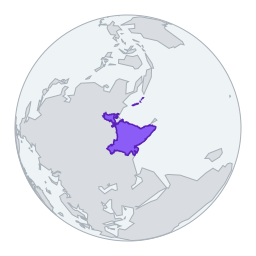 the Earth from above India, rotated 243°
{"feature_id": "IND", "entity_name": "India", "entity_type": "country or territory", "adm_level": 0, "iso_a3": "IND", "parent_name": "Asia", "parent_adm1": "", "projection": "orthographic", "projection_center": [83.514, 21.122], "detail": "fine", "context": "on_globe", "style": "filled", "palette": "violet", "viewbox_px": 256, "rotation_deg": 243, "n_neighbors": 0, "source": "natural_earth", "source_scale": "50m", "svg_char_len": 15762}
<svg xmlns="http://www.w3.org/2000/svg" viewBox="0 0 256 256"><g transform="rotate(243 128 128)"><circle cx="128" cy="128" r="113" fill="#eef3f6" stroke="#a8b0b8"/><path d="M169.0,23.1L170.4,23.7L175.4,25.9L171.9,24.4L183.6,30.2L188.9,33.8L181.0,28.8L178.6,27.7L181.3,29.5L179.5,28.8L179.7,29.3L177.3,28.4L172.9,26.0L171.2,25.4L173.2,26.8L172.0,27.0L169.4,25.0L167.1,25.3L159.2,22.0L154.1,18.8L147.7,17.4L139.3,15.9L149.4,17.4L159.3,19.8L169.0,23.1ZM136.5,15.7L136.3,15.7L135.7,15.6L136.5,15.7ZM126.6,15.4L126.4,15.4L128.0,15.4L127.9,15.5L126.4,15.5L124.7,15.4L125.2,15.4L123.9,15.4L126.6,15.4ZM123.4,15.5L123.0,15.5L122.4,15.5L123.4,15.5ZM120.8,15.6L120.6,15.6L117.2,15.9L120.8,15.6ZM179.5,27.9L177.8,27.0L180.1,28.2L179.5,27.9ZM180.2,29.6L181.2,30.1L180.9,30.2L180.2,29.6ZM177.0,29.0L176.1,29.2L176.2,28.6L177.0,29.0ZM175.1,29.0L173.2,29.7L175.3,30.8L168.2,28.3L172.2,28.3L171.9,27.3L173.4,28.4L175.1,29.0ZM129.2,15.4L127.4,15.4L130.3,15.4L129.2,15.4ZM131.0,15.4L139.9,16.0L141.7,16.3L138.4,15.9L141.9,16.5L138.4,16.3L135.7,16.0L135.2,15.8L134.2,15.9L131.0,15.4ZM164.5,26.9L163.4,26.8L163.7,26.5L164.5,26.9ZM128.1,15.5L129.8,15.5L131.5,15.7L128.5,15.8L128.9,15.7L128.1,15.5ZM144.5,16.8L145.2,17.1L142.6,17.0L138.4,16.4L144.5,16.8ZM127.7,15.6L126.9,15.8L124.7,15.8L126.7,15.5L127.7,15.6ZM133.2,15.8L133.8,15.9L132.5,15.8L133.2,15.8ZM116.5,16.4L118.4,16.1L119.5,16.2L116.5,16.4ZM126.8,15.9L127.5,15.9L128.2,16.0L127.2,16.1L126.8,15.9ZM136.9,16.4L135.6,16.4L138.4,16.8L136.5,16.9L134.2,16.3L134.4,16.6L133.8,16.7L132.5,16.2L136.9,16.4ZM128.1,16.5L124.4,16.2L120.6,16.5L119.6,16.4L125.9,16.0L128.1,16.5ZM130.8,16.4L128.9,16.4L128.6,16.2L129.7,16.0L130.8,16.4ZM136.1,17.2L139.6,17.1L140.0,17.3L136.1,17.2ZM127.1,16.6L128.0,16.7L126.8,16.7L127.1,16.6ZM133.4,17.0L134.6,16.9L135.0,17.1L133.4,17.0ZM128.8,17.1L127.6,16.9L128.3,16.7L128.8,17.1ZM131.0,17.1L131.3,17.3L129.3,16.8L131.4,17.0L131.0,17.1ZM133.6,17.2L134.3,17.2L133.1,17.2L133.6,17.2ZM126.8,18.0L124.1,17.4L125.7,16.9L128.1,17.5L126.8,18.0ZM25.9,80.3L36.6,66.9L36.2,70.0L41.9,73.1L42.1,74.7L38.4,79.3L40.2,90.2L44.5,87.0L49.2,94.3L54.3,96.4L61.5,87.3L53.2,83.5L54.8,78.1L63.9,77.1L71.6,80.9L72.5,79.0L70.2,72.9L74.5,70.5L69.6,70.6L69.7,73.0L66.6,73.3L66.4,71.2L68.0,70.3L66.4,68.6L59.4,73.7L58.7,76.7L52.9,75.2L51.2,80.1L48.7,81.5L50.7,73.6L52.5,71.4L54.0,62.3L51.5,64.4L50.0,73.3L49.3,72.1L46.0,75.6L48.0,72.0L50.4,62.2L46.9,61.2L37.9,67.7L36.8,67.0L38.0,63.6L45.8,54.8L47.3,57.6L50.1,55.0L53.7,50.0L53.8,51.4L55.5,49.9L56.5,50.9L61.6,48.7L63.2,49.6L68.9,45.5L70.5,45.5L66.7,47.8L64.8,50.1L69.2,52.9L71.1,52.5L74.5,49.8L75.2,51.1L77.9,48.1L82.2,48.8L79.3,45.6L83.2,42.8L87.7,41.7L88.5,40.4L81.0,42.2L78.5,43.6L77.2,45.6L69.9,49.4L67.6,49.2L73.2,43.5L70.6,42.8L76.1,39.0L93.0,35.4L98.1,36.0L98.9,42.4L95.5,43.7L93.6,41.8L92.0,46.0L93.7,44.4L94.4,45.7L98.3,43.8L98.9,44.7L101.5,41.5L102.7,42.4L101.0,44.3L107.8,42.7L111.3,44.2L112.6,43.4L112.9,42.2L117.1,45.1L117.8,44.5L116.7,43.3L117.4,41.3L120.3,39.0L121.6,40.1L120.7,41.1L120.9,45.0L118.4,47.7L119.2,48.0L121.7,45.9L121.5,41.1L122.9,39.4L123.5,41.6L123.4,40.7L124.5,40.2L126.8,40.9L126.3,38.6L136.5,33.4L142.0,34.7L141.4,36.9L149.9,35.6L155.4,37.8L154.4,36.5L157.8,35.5L156.1,34.8L155.8,34.1L163.7,32.1L166.6,32.7L168.8,31.1L168.3,30.6L166.3,29.9L168.2,28.3L175.3,30.8L176.2,31.9L180.1,33.1L181.5,35.5L184.4,38.2L183.7,40.7L186.1,42.9L187.4,43.2L191.6,46.7L195.9,53.7L186.8,46.8L179.3,37.7L181.9,41.1L179.6,40.1L179.6,41.3L181.5,44.0L182.8,44.4L177.5,48.8L179.0,56.8L182.9,55.9L186.4,58.2L191.5,68.2L188.2,83.2L192.8,87.7L193.8,90.9L191.4,93.2L189.8,88.5L186.4,87.2L185.9,84.4L181.4,87.1L180.5,83.3L177.5,87.5L179.8,90.4L184.1,89.2L181.8,94.9L187.5,99.9L189.3,106.4L183.6,118.9L176.1,123.3L175.8,125.4L172.2,123.3L168.3,127.8L175.7,139.1L175.8,142.6L169.1,149.6L168.8,147.1L159.3,141.5L158.1,149.7L165.3,156.0L167.8,163.6L162.5,161.5L159.9,154.8L156.6,152.6L157.0,145.5L153.4,135.1L148.1,137.3L148.1,133.0L142.3,124.4L134.3,127.2L122.0,138.2L120.9,149.0L116.4,153.4L109.2,137.5L108.2,126.9L104.2,127.5L98.0,117.9L83.3,115.2L82.5,112.2L79.4,113.0L75.2,109.3L74.4,104.5L71.3,104.1L73.9,116.8L77.4,117.3L82.0,113.6L81.9,117.9L86.1,122.5L77.1,131.0L57.3,135.3L57.4,127.1L53.1,102.1L54.4,99.9L54.5,99.6L54.5,99.1L52.0,102.5L52.0,97.8L52.1,114.5L51.2,121.2L57.0,135.7L55.9,136.7L58.4,140.0L69.0,139.6L68.6,142.3L62.3,153.1L49.6,165.5L52.5,176.8L53.6,185.5L48.3,188.8L51.5,195.7L49.2,196.7L50.9,200.3L50.5,203.0L49.0,204.6L43.4,201.1L40.9,197.6L34.8,189.2L25.5,170.2L24.6,163.6L23.1,157.2L19.4,140.7L20.0,133.7L19.6,129.7L18.3,128.9L18.0,124.1L17.5,123.0L15.7,119.0L15.8,118.4L16.7,110.6L18.2,102.8L20.3,95.1L22.8,87.6L25.9,80.3ZM29.4,76.0L28.3,77.8L29.4,76.0ZM77.7,90.5L83.7,92.6L84.6,85.7L87.0,86.0L86.5,83.7L84.7,85.2L83.9,79.0L87.8,78.0L88.9,75.3L87.0,74.5L79.9,77.3L81.0,86.0L78.1,88.2L77.7,90.5ZM63.6,41.4L62.7,42.7L60.5,44.1L58.5,43.9L61.7,41.8L63.6,41.4ZM61.9,44.5L68.0,39.3L69.5,39.6L67.6,40.2L68.0,40.9L65.1,42.3L60.5,47.9L58.2,49.5L55.8,47.6L57.9,47.2L58.7,45.7L61.9,44.5ZM81.1,28.6L83.7,27.2L83.4,29.4L81.0,30.6L78.9,30.2L80.5,28.6L81.1,28.6ZM113.8,16.3L113.3,16.3L112.4,16.4L113.8,16.3ZM110.4,16.7L111.4,16.6L116.5,16.0L122.9,15.5L124.2,15.6L123.5,15.8L122.2,16.0L121.7,15.8L120.3,16.1L118.6,16.0L117.3,16.2L108.3,17.2L109.0,17.0L102.8,18.3L102.4,18.3L110.4,16.7ZM114.2,22.5L114.2,21.5L111.0,23.5L109.3,22.8L109.1,23.1L106.6,23.1L103.2,23.7L102.9,23.3L101.7,23.8L100.0,23.9L98.3,24.4L97.1,23.9L94.8,24.6L95.5,24.0L92.0,25.3L94.1,24.2L92.2,24.5L91.2,25.4L88.9,23.2L86.4,23.6L83.1,24.8L87.1,23.1L92.7,21.1L98.5,19.5L100.4,19.6L101.8,19.0L103.2,18.9L101.5,19.4L104.9,18.6L105.5,18.7L110.7,18.3L115.3,17.4L117.3,17.4L115.8,17.8L118.8,17.5L117.4,18.3L118.8,18.4L118.8,19.4L115.1,20.4L117.0,20.4L117.1,21.4L114.2,22.5ZM126.6,18.3L122.7,19.3L119.8,19.5L121.0,17.7L119.9,17.5L120.6,16.6L124.8,16.4L124.2,16.6L124.6,16.8L123.2,16.8L124.6,17.0L123.9,17.4L124.8,17.7L123.3,17.9L126.6,18.3ZM44.2,73.6L44.8,74.3L46.0,74.9L43.9,77.3L44.2,73.6ZM45.7,66.9L46.4,67.0L44.1,70.4L43.6,69.7L45.7,66.9ZM48.8,64.4L46.6,66.8L47.5,65.1L48.8,64.4ZM67.5,47.9L68.6,48.1L67.9,48.8L66.5,49.6L67.5,47.9ZM104.4,29.4L104.9,28.5L105.7,28.4L108.6,26.8L110.1,27.3L109.0,28.5L104.4,29.4ZM59.0,88.4L56.4,89.6L56.1,88.4L57.1,88.2L59.0,88.4ZM48.9,83.3L50.3,85.7L48.4,83.9L48.9,83.3ZM106.6,29.7L107.6,28.9L107.7,29.7L106.6,29.7ZM111.4,27.6L111.9,28.4L110.7,27.2L111.4,27.6ZM109.3,232.8L111.3,233.7L109.5,233.6L109.3,232.8ZM68.7,188.4L67.4,201.9L63.1,200.8L60.5,196.2L59.8,187.6L64.2,186.3L65.9,182.7L68.7,188.4ZM192.4,178.1L195.2,178.0L195.0,178.5L192.4,178.1ZM189.6,176.9L192.8,176.5L189.0,178.0L189.6,176.9ZM194.1,176.4L197.3,174.9L198.8,173.9L198.4,174.9L194.1,176.4ZM187.4,177.3L174.8,178.7L169.6,177.9L170.9,176.1L179.2,175.7L187.4,177.3ZM170.5,176.1L162.6,171.7L150.9,157.5L155.1,157.6L167.1,165.9L166.4,167.5L171.2,171.0L170.5,176.1ZM189.4,164.7L188.6,169.5L181.7,170.0L178.6,169.6L176.4,163.9L177.6,160.7L180.3,160.5L189.9,148.9L193.4,150.9L190.6,155.7L193.4,159.4L189.4,164.7ZM121.5,150.0L124.3,156.4L121.8,157.4L121.5,150.0ZM193.4,141.0L189.8,146.1L192.9,139.5L193.4,141.0ZM194.9,134.8L195.4,137.2L193.6,135.1L194.9,134.8ZM176.2,128.7L173.4,129.5L173.1,127.8L176.5,125.8L176.2,128.7ZM190.7,112.0L191.4,116.9L191.2,118.7L189.6,115.9L190.7,112.0ZM120.9,35.3L115.1,36.8L111.9,38.7L111.7,40.9L109.5,38.7L114.4,35.7L120.9,35.3ZM134.5,33.4L134.6,31.9L136.2,32.3L136.4,32.8L134.5,33.4ZM133.4,32.6L130.5,31.2L131.7,30.2L133.7,31.5L133.4,32.6ZM118.4,29.9L116.5,30.2L116.5,29.5L118.4,29.9ZM200.4,214.0L202.9,211.3L205.0,209.8L202.0,212.7L200.4,214.0ZM199.2,206.1L180.2,215.7L176.7,215.7L178.9,213.0L178.3,205.9L179.6,205.8L180.4,200.6L192.3,193.8L201.3,183.0L206.4,182.3L211.2,174.5L216.0,173.5L213.7,179.3L217.7,181.2L222.9,168.0L222.8,179.6L224.0,182.6L221.4,189.7L210.0,204.7L205.8,208.6L206.1,207.8L204.1,209.6L202.5,210.1L203.9,206.7L201.8,208.5L204.8,205.0L201.3,208.4L201.5,206.3L199.2,206.1ZM231.9,171.5L232.3,170.4L232.3,170.5L231.9,171.5ZM235.8,160.8L235.7,161.0L236.2,159.5L235.8,160.7L235.8,160.8ZM236.3,155.9L236.6,155.0L236.6,155.4L236.3,155.9ZM199.2,177.3L203.2,173.0L205.2,172.3L199.2,177.3ZM236.3,154.8L235.8,155.2L236.0,154.4L236.3,154.8ZM236.5,153.1L236.6,152.2L236.6,154.2L236.5,153.1ZM235.8,151.9L236.3,153.0L235.7,152.2L235.8,151.9ZM235.4,152.5L235.0,152.2L235.0,151.8L235.4,152.5ZM228.1,158.3L230.1,162.8L228.0,163.7L225.9,161.3L223.4,165.6L218.3,166.9L219.7,164.4L219.2,161.4L213.4,161.8L212.2,160.0L214.5,158.0L210.4,157.4L214.9,155.3L216.5,159.2L219.0,155.0L222.9,154.6L226.4,154.7L228.8,156.7L228.1,158.3ZM214.5,164.9L215.3,164.7L214.5,166.1L214.5,164.9ZM234.1,150.6L234.7,152.1L234.6,152.7L234.2,152.7L234.1,150.6ZM229.4,155.7L232.2,150.8L232.7,150.5L230.8,155.5L229.4,155.7ZM231.7,148.8L232.8,148.6L233.3,150.3L233.0,151.0L231.7,148.8ZM205.4,163.1L205.2,164.4L203.9,163.7L205.4,163.1ZM207.0,162.1L210.6,162.5L206.7,163.2L207.0,162.1ZM195.3,160.1L196.4,162.8L200.1,160.3L197.3,163.5L199.6,167.7L198.7,169.7L196.4,165.0L195.3,170.4L193.7,170.6L192.9,166.2L194.7,160.4L196.4,157.8L202.9,155.7L195.3,160.1ZM207.1,158.6L206.1,155.4L206.8,153.0L207.9,154.5L207.1,158.6ZM202.8,147.9L199.9,144.4L197.4,146.4L202.1,140.0L204.3,144.3L202.8,147.9ZM199.9,139.6L197.7,141.4L199.8,137.8L199.9,139.6ZM196.9,140.2L196.4,137.5L198.3,137.5L196.9,140.2ZM201.2,139.5L201.2,134.8L202.4,137.3L201.2,139.5ZM194.9,131.5L199.5,135.3L194.0,134.3L192.6,125.3L194.8,124.7L194.9,131.5ZM200.1,93.4L198.9,91.0L200.6,90.1L200.9,92.0L200.1,93.4ZM205.0,85.7L200.6,89.1L196.9,92.2L198.6,93.1L198.8,97.5L195.6,93.9L197.4,88.7L200.4,87.2L199.8,83.7L201.3,80.9L199.2,76.8L199.6,74.7L202.3,78.1L205.0,85.7ZM198.2,75.1L195.2,67.9L198.9,68.2L200.4,69.9L200.3,72.9L198.3,72.5L198.2,75.1ZM195.6,66.3L193.7,66.0L185.2,56.5L184.3,54.7L192.8,61.6L191.4,61.7L192.8,64.1L195.6,66.3ZM164.3,27.4L163.5,26.9L164.7,27.2L164.3,27.4ZM154.8,33.8L154.7,33.0L156.2,33.3L154.8,33.8ZM155.2,31.0L153.6,31.2L154.7,30.5L155.2,31.0ZM150.1,31.9L152.7,31.1L151.0,32.5L150.1,31.9Z" fill="#d9dde1" stroke="#a8b0b8" stroke-width="1"/><path d="M100.7,121.3L101.1,121.2L101.7,121.2L101.8,120.6L102.0,120.6L103.2,120.7L103.6,121.0L104.0,120.9L104.9,120.6L105.0,120.6L105.0,120.9L105.2,121.0L105.9,120.7L105.8,120.3L105.9,120.1L105.4,118.6L105.4,118.2L104.7,118.0L104.5,117.6L104.7,116.4L103.7,115.9L103.8,115.2L104.5,114.5L105.0,113.8L105.4,113.5L105.8,113.7L105.9,114.1L106.0,114.2L107.9,113.8L108.1,113.4L108.4,113.1L108.9,112.4L109.9,111.9L110.5,110.9L110.8,110.2L111.6,109.9L111.8,109.7L111.8,109.3L112.6,108.4L113.1,108.2L112.9,107.9L113.1,107.4L113.0,106.9L113.1,106.7L114.4,106.0L114.3,105.7L113.4,105.4L113.4,104.9L112.9,104.8L112.9,104.4L112.4,104.0L112.7,103.4L112.5,103.0L113.0,102.6L112.4,102.3L112.6,102.0L112.3,101.7L112.6,101.2L113.2,101.0L115.4,101.6L116.0,101.3L116.8,101.2L117.5,100.8L117.6,100.6L118.9,99.9L119.3,99.9L119.2,100.4L119.6,101.6L120.2,101.8L120.6,102.2L120.6,102.4L120.2,102.8L120.3,103.7L120.8,104.4L120.7,104.6L120.9,104.8L120.9,105.7L120.4,105.9L120.0,105.5L119.5,105.6L119.7,106.2L120.0,106.7L120.0,107.1L120.1,107.4L120.0,107.6L120.0,107.9L120.4,107.9L120.5,107.8L121.2,108.6L121.7,108.7L122.3,109.0L122.4,109.5L123.2,109.8L123.7,110.3L122.7,111.1L122.4,111.7L122.4,112.1L122.1,112.5L122.1,112.8L122.7,113.3L123.0,113.2L125.1,114.8L125.3,114.7L126.2,115.1L126.5,115.1L126.6,115.4L127.6,115.7L127.9,115.6L128.6,115.7L129.0,115.5L129.9,115.9L130.1,116.4L130.8,116.7L131.0,116.9L131.6,116.8L131.8,116.9L132.0,117.2L132.4,117.1L133.6,117.5L134.2,117.3L134.3,117.5L134.6,117.6L134.9,117.5L135.6,117.5L135.9,117.6L136.2,116.9L135.8,116.1L136.1,114.9L136.0,114.6L136.8,114.2L137.2,114.3L137.3,114.6L137.1,115.3L137.4,115.7L137.1,116.0L137.4,116.4L137.9,116.6L138.2,116.6L139.0,116.8L139.6,116.7L140.0,116.4L140.6,116.6L141.6,116.5L141.8,116.4L142.3,116.5L142.8,116.4L142.9,116.2L142.8,115.9L142.9,115.5L142.7,115.2L142.3,115.2L142.0,115.0L142.1,114.6L142.7,114.6L142.9,114.5L143.6,114.3L143.9,114.1L143.8,113.9L144.4,113.4L144.7,112.8L145.6,112.5L145.9,112.2L146.0,112.0L146.9,111.3L147.2,111.5L148.3,111.7L148.4,111.4L149.3,110.9L149.6,111.2L149.8,111.2L149.5,111.5L149.5,111.9L150.0,111.6L150.3,112.1L149.9,112.8L150.1,112.9L150.4,112.7L150.7,112.8L151.2,112.8L151.7,113.1L151.8,113.6L151.1,114.3L151.6,115.2L151.3,115.2L150.9,114.9L150.0,115.1L148.3,116.5L148.2,117.0L148.4,117.6L148.1,118.3L147.5,119.1L147.5,119.3L147.8,119.6L147.2,121.1L147.0,122.0L146.2,121.7L145.8,121.8L145.5,121.7L145.7,122.4L145.7,123.5L145.4,123.7L145.3,124.3L145.5,125.3L145.3,125.4L145.1,125.8L144.7,125.5L144.5,125.8L144.2,124.5L144.0,124.0L143.7,122.5L143.1,122.6L143.1,122.9L142.8,123.4L142.8,123.8L142.6,124.0L142.4,123.9L142.3,123.6L142.2,123.6L142.2,123.8L141.7,122.8L141.8,122.2L142.1,121.8L142.9,121.6L143.1,121.2L143.3,121.1L143.5,120.2L143.9,120.2L143.1,119.6L140.3,119.8L139.2,119.6L139.1,118.3L138.8,117.8L138.7,117.9L138.6,118.2L138.3,118.2L138.0,118.0L137.7,117.5L137.6,117.8L137.4,117.8L137.1,117.7L137.0,117.4L136.5,117.2L136.5,117.3L136.7,117.6L136.2,118.1L136.1,118.5L136.8,119.2L137.3,119.3L137.7,119.7L137.4,119.9L136.8,119.9L136.6,120.5L136.3,120.4L136.1,121.0L136.3,121.3L137.3,121.7L137.3,122.2L137.1,122.8L137.4,123.3L137.4,123.7L137.8,123.8L137.6,124.1L138.1,125.6L138.0,126.2L137.9,126.2L138.1,126.8L137.8,126.8L137.7,126.6L137.6,126.9L137.4,126.6L137.5,126.1L137.3,125.9L137.3,126.8L137.0,126.9L136.7,126.6L136.7,126.9L136.4,126.9L136.5,125.9L136.1,125.6L136.0,125.4L136.1,125.7L136.5,125.9L136.1,126.5L135.6,126.9L134.6,127.2L134.1,127.7L134.1,128.0L134.4,128.8L134.0,129.5L133.5,129.8L133.3,130.1L133.0,130.1L133.0,130.4L131.8,130.8L131.7,130.8L131.8,130.7L131.7,130.4L131.2,130.7L131.1,131.0L131.4,130.8L131.6,130.9L130.3,131.9L129.1,133.6L128.3,134.0L127.4,134.9L125.8,135.9L125.7,136.2L125.8,136.5L125.6,137.0L124.7,137.4L123.8,137.4L123.2,138.5L122.9,138.5L122.8,138.3L122.6,138.2L121.9,138.6L121.5,139.3L121.4,139.8L121.7,141.0L121.5,141.5L121.9,142.9L121.6,142.5L121.4,142.7L121.9,143.2L121.7,144.5L121.0,145.8L120.8,146.6L120.8,146.8L120.6,147.1L120.8,147.1L120.9,147.3L120.9,149.0L120.3,149.0L119.9,149.1L119.8,149.6L119.1,150.4L119.1,150.7L119.3,150.9L120.0,151.2L119.2,151.0L118.1,151.3L117.7,151.7L117.4,152.7L116.4,153.2L115.5,152.7L114.5,151.5L114.1,150.5L114.0,149.5L114.2,150.3L114.4,150.3L114.2,149.6L113.9,149.2L113.0,146.7L112.7,146.0L112.1,145.3L111.6,144.3L111.3,143.3L111.2,142.1L110.7,140.5L109.9,139.3L109.7,138.7L109.9,138.7L109.6,138.3L109.8,138.2L109.5,138.1L108.9,136.5L108.7,134.2L108.3,132.2L108.6,131.5L108.5,131.2L108.3,131.6L108.2,131.3L108.3,130.9L108.6,131.0L108.2,130.8L108.3,130.5L108.1,130.4L108.1,129.9L108.6,128.2L108.5,127.4L108.3,127.2L108.2,126.8L108.4,126.6L108.2,126.7L109.1,126.1L108.1,126.2L108.2,125.8L108.4,125.7L108.1,125.6L108.2,125.3L108.6,125.2L107.5,125.0L107.7,125.4L107.2,125.9L107.5,126.1L107.5,126.5L107.1,127.2L105.2,127.9L104.7,127.8L104.3,127.6L103.5,126.8L102.2,125.1L101.8,124.5L102.0,124.2L102.4,124.6L104.0,124.1L104.7,123.3L104.6,123.2L104.4,123.4L104.0,123.4L103.1,123.7L102.4,123.5L101.4,122.7L101.1,121.9L101.8,121.4L100.8,121.8L100.7,121.3ZM145.7,146.2L145.3,145.6L145.5,145.0L145.7,144.9L145.6,144.3L145.8,142.7L145.9,142.4L146.2,142.3L146.2,142.6L146.2,142.9L145.9,143.5L146.0,143.7L146.1,144.3L145.9,144.5L145.9,144.9L145.7,145.4L145.8,145.6L145.7,146.2ZM148.2,154.9L148.0,155.3L147.7,154.8L147.7,154.5L148.0,154.4L148.2,154.9ZM145.3,148.2L145.0,148.2L145.0,147.8L145.3,147.5L145.4,147.9L145.3,148.2ZM147.2,153.2L147.1,152.9L147.2,153.2ZM147.4,152.9L147.3,152.5L147.4,152.9ZM147.8,154.2L147.6,154.4L147.7,154.1L147.8,154.2ZM146.0,150.8L145.8,150.8L145.9,150.7L146.0,150.8ZM145.6,146.5L145.4,146.5L145.5,146.3L145.6,146.5ZM146.2,145.2L146.3,145.5L146.1,145.3L146.2,145.2ZM146.6,152.3L146.7,152.6L146.6,152.3ZM145.6,143.5L145.5,143.8L145.5,143.5L145.6,143.5Z" fill="#8b5cf6" stroke="#5b21b6" stroke-width="1.5"/></g></svg>